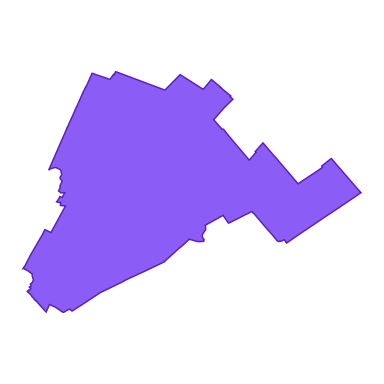 Afumati, Ilfov, Romania (Robinson projection)
{"feature_id": "2599482B16027234995116", "entity_name": "Afumati", "entity_type": "district", "adm_level": 2, "iso_a3": "ROU", "parent_name": "Romania", "parent_adm1": "Ilfov", "projection": "robinson", "projection_center": [26.254, 44.537], "detail": "fine", "context": "isolated", "style": "filled", "palette": "violet", "viewbox_px": 384, "rotation_deg": 0, "n_neighbors": 0, "source": "geoboundaries", "source_scale": "gbopen_adm2", "svg_char_len": 5217}
<svg xmlns="http://www.w3.org/2000/svg" viewBox="0 0 384 384"><path d="M211.4,79.5L210.7,80.4L206.8,85.1L204.1,88.4L203.6,88.6L203.2,89.2L202.8,89.1L197.0,85.4L194.2,83.6L186.0,78.4L180.5,74.9L180.2,74.6L164.9,90.1L151.6,85.1L143.0,81.9L119.8,73.2L118.5,72.7L115.9,71.8L115.6,71.7L114.3,74.6L113.7,74.3L111.2,77.6L109.9,79.4L92.1,73.3L91.7,74.2L89.7,78.7L86.1,86.8L85.8,86.7L85.6,87.1L82.6,93.3L81.4,96.0L79.9,99.5L76.6,106.8L76.5,107.0L76.4,107.1L75.1,110.1L73.3,114.2L70.5,120.4L68.7,124.3L68.3,125.3L68.0,126.0L67.8,126.3L67.4,127.4L67.3,127.6L67.1,128.0L67.0,127.9L64.0,135.1L60.4,143.2L50.1,166.9L48.9,169.6L49.2,169.8L50.2,168.9L54.9,167.5L55.4,167.5L56.0,167.6L59.6,169.3L60.6,170.1L61.1,170.9L61.2,171.9L61.1,172.2L61.3,172.9L61.7,174.2L61.5,175.2L60.2,177.0L60.0,177.6L60.4,179.1L61.8,180.3L62.0,180.6L61.7,182.3L61.6,182.6L60.3,184.9L60.0,186.5L60.0,187.3L60.0,188.0L59.8,188.5L58.8,190.3L58.7,190.8L58.6,191.1L60.7,192.6L60.7,192.8L61.2,192.8L64.7,192.7L64.4,193.3L62.1,197.5L59.9,196.5L59.6,197.2L59.3,197.8L59.1,198.0L59.1,198.4L58.4,199.1L57.8,200.4L56.6,201.7L57.3,202.1L57.7,202.3L59.3,202.4L60.2,202.6L60.6,202.6L60.3,205.1L60.6,205.5L62.6,205.7L65.3,205.9L65.1,206.6L61.5,213.2L59.2,217.4L58.8,218.1L57.4,220.8L54.8,225.5L53.0,228.8L51.8,231.1L51.1,232.6L45.0,229.6L44.9,229.6L44.7,230.0L42.1,235.2L41.9,235.5L31.6,253.2L31.5,253.3L27.7,260.4L27.7,260.5L25.4,265.0L24.6,266.3L23.7,267.6L23.0,268.6L23.5,268.5L27.3,270.5L28.3,271.1L32.2,274.0L32.2,276.0L33.4,279.8L32.5,282.2L30.4,284.1L30.7,284.3L31.3,286.0L29.3,287.1L30.4,288.3L30.8,288.8L29.9,289.8L29.2,290.4L28.8,290.0L28.0,290.7L27.5,291.1L27.3,291.3L27.5,291.5L27.4,291.6L27.8,291.9L28.1,292.2L28.9,293.1L29.6,293.4L29.7,293.6L29.8,293.8L30.0,294.0L30.3,294.1L30.4,294.4L31.0,295.0L31.3,295.4L31.6,295.8L31.6,296.1L31.7,296.3L32.0,296.6L32.3,296.9L33.4,297.9L33.5,298.1L33.9,298.4L34.2,298.8L34.1,299.0L34.3,299.1L34.4,299.3L34.6,299.5L34.8,299.8L35.0,300.0L35.6,300.7L35.8,300.6L36.0,300.8L36.1,301.0L36.4,301.2L36.4,301.3L36.6,301.5L36.8,301.7L37.0,301.8L37.1,302.0L37.5,302.4L37.6,302.6L37.8,302.9L38.5,303.6L38.7,303.8L39.6,304.8L40.7,306.1L41.0,306.3L41.6,307.1L42.1,307.6L42.6,308.1L43.1,308.7L43.3,308.9L43.4,309.1L44.1,309.8L44.5,310.2L44.9,310.6L45.5,311.3L46.0,311.8L46.2,312.0L46.6,310.9L47.0,310.0L48.6,306.6L49.2,305.1L49.5,304.5L53.4,306.3L54.1,306.6L54.8,306.9L55.9,307.5L58.9,309.6L61.1,311.1L62.3,311.9L62.9,312.2L63.6,312.3L63.9,312.2L64.1,312.1L66.0,310.9L66.4,310.7L67.4,310.2L68.9,309.3L69.1,309.2L69.4,309.1L69.6,309.1L69.9,309.4L70.4,309.8L70.6,309.9L70.8,310.1L71.1,310.3L71.3,310.5L71.5,310.7L71.7,310.8L72.1,311.0L72.8,310.6L74.7,309.4L79.8,306.1L83.2,303.9L88.6,300.4L88.8,300.2L89.2,299.8L89.9,299.5L94.3,296.6L98.4,293.9L100.5,292.5L101.1,292.2L103.3,291.1L105.7,290.0L107.9,288.9L109.9,288.0L112.7,286.6L116.6,284.7L120.0,283.1L121.2,282.5L123.9,281.1L123.8,280.9L124.2,280.7L125.5,280.1L131.0,277.5L131.4,277.3L131.6,277.3L136.0,275.2L138.5,274.1L142.3,272.3L144.4,271.4L149.1,269.1L153.6,267.0L155.4,266.1L158.8,264.5L161.7,263.1L164.0,262.0L164.6,261.7L164.3,261.1L164.5,261.0L165.2,260.8L165.8,260.3L167.8,258.5L171.5,255.2L172.4,254.4L173.2,253.6L175.3,251.7L175.7,251.3L176.6,250.5L176.9,250.3L177.3,249.8L178.8,248.5L179.2,248.2L179.7,247.8L182.5,245.5L182.8,245.2L183.8,244.3L184.6,243.6L186.2,242.1L187.5,240.8L187.8,240.6L188.6,239.8L188.8,239.5L189.0,239.5L189.1,239.2L193.3,240.4L194.7,240.8L197.1,241.5L198.2,241.6L199.5,241.6L203.7,241.4L203.9,240.3L204.1,239.6L203.5,238.8L203.0,238.0L202.7,237.6L202.3,236.7L202.2,236.3L202.3,235.6L202.6,234.2L202.8,233.9L203.1,233.4L203.6,232.8L203.8,232.5L203.9,232.3L204.2,231.7L204.9,230.7L205.3,230.2L205.6,229.7L205.7,229.2L205.7,228.5L205.4,226.0L205.2,225.3L207.2,224.2L208.1,223.7L209.2,223.1L213.7,220.6L215.7,219.5L219.5,217.3L219.7,217.2L223.1,215.4L223.1,215.5L224.3,217.1L228.4,223.1L229.2,222.8L229.9,222.6L234.2,220.4L241.5,216.7L246.0,214.4L247.3,213.8L247.6,213.8L251.4,211.6L251.6,211.6L251.8,211.6L253.1,213.2L253.3,213.3L253.6,213.4L253.8,213.4L253.9,213.5L254.0,213.6L258.7,219.2L258.8,219.3L264.4,225.9L266.6,228.4L266.8,228.7L271.9,234.4L277.3,240.9L278.7,241.5L281.5,241.1L284.3,239.7L284.6,240.1L286.1,242.5L286.3,242.5L286.7,243.0L296.4,236.2L320.0,220.3L330.1,213.5L340.3,206.7L345.0,203.5L354.1,197.4L359.4,193.7L361.0,192.7L360.5,192.2L359.5,191.1L345.0,174.4L341.5,170.3L334.4,162.2L334.5,162.1L331.3,158.5L325.0,163.4L322.1,165.7L321.7,166.0L322.4,167.1L322.5,167.4L320.6,168.7L317.2,171.1L308.1,177.1L306.1,178.4L301.6,181.4L299.5,182.8L298.0,183.8L297.7,183.4L295.3,180.6L287.3,171.1L281.6,164.5L276.0,157.9L272.4,153.9L263.0,142.9L260.8,145.3L255.2,151.6L256.1,152.3L249.2,160.1L243.3,153.1L241.4,150.8L234.9,143.2L229.1,136.3L225.4,131.7L224.5,130.5L223.7,129.4L223.3,129.1L222.8,129.2L222.4,129.3L222.0,129.3L221.2,128.3L220.1,127.1L219.6,126.5L219.0,125.9L218.4,125.2L217.5,124.1L216.2,122.6L213.7,119.6L215.1,118.1L219.8,112.7L222.7,109.5L223.9,108.1L224.3,107.7L224.7,107.3L226.3,105.7L232.9,99.2L232.6,98.8L231.5,98.0L230.0,96.6L230.8,96.0L229.5,94.9L225.5,91.6L224.4,90.7L221.3,88.1L221.2,88.0L220.9,87.8L221.1,87.6L217.7,84.7L215.6,83.0L213.5,81.2L211.4,79.5Z" fill="#8b5cf6" stroke="#5b21b6" stroke-width="1.5"/></svg>